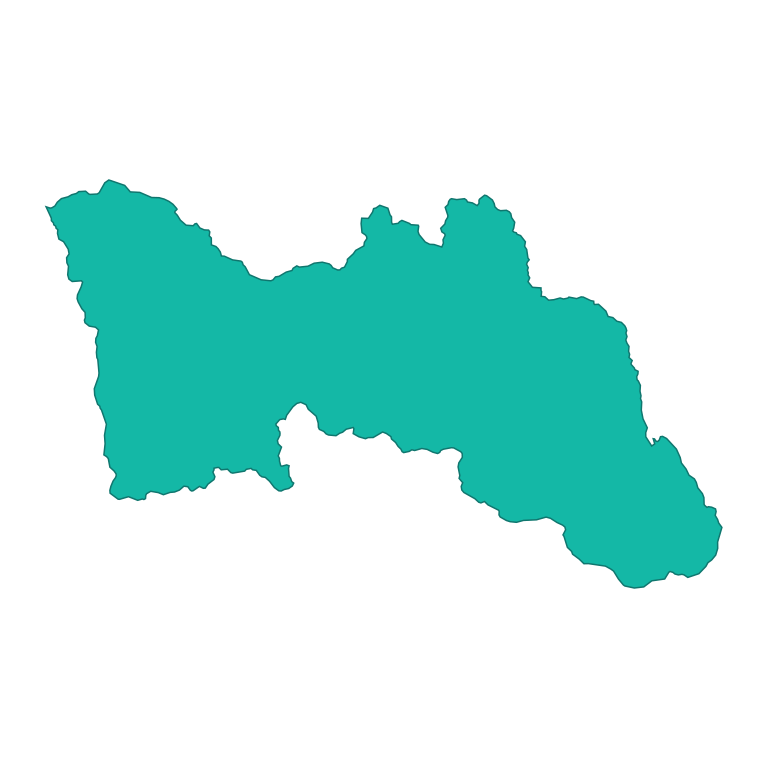 the district of Urubamba, Cusco, Peru
{"feature_id": "86281439B1367773994122", "entity_name": "Urubamba", "entity_type": "district", "adm_level": 2, "iso_a3": "PER", "parent_name": "Peru", "parent_adm1": "Cusco", "projection": "mercator", "projection_center": [-72.303, -13.268], "detail": "fine", "context": "isolated", "style": "filled", "palette": "teal", "viewbox_px": 768, "rotation_deg": 0, "n_neighbors": 0, "source": "geoboundaries", "source_scale": "gbopen_adm2", "svg_char_len": 6048}
<svg xmlns="http://www.w3.org/2000/svg" viewBox="0 0 768 768"><path d="M687.8,577.4L698.9,573.7L705.9,566.4L707.9,562.7L711.7,559.9L715.7,555.1L717.7,548.4L717.6,542.0L721.9,527.4L718.7,523.0L717.6,519.5L715.2,515.4L716.1,511.6L715.5,508.9L711.7,507.2L708.3,506.7L707.0,507.4L704.7,505.4L704.1,504.4L703.9,497.6L702.4,493.6L697.8,487.8L696.3,482.4L694.4,478.9L689.0,475.2L686.1,469.1L681.4,463.0L680.2,457.5L676.4,449.1L666.6,438.5L662.6,436.4L660.5,436.7L659.2,440.1L657.7,441.5L656.0,441.2L654.5,438.9L653.2,438.7L654.7,443.9L651.7,446.0L645.8,436.8L645.7,432.7L647.3,427.8L643.0,418.8L641.3,410.1L641.7,401.9L640.5,398.7L641.0,395.8L640.0,391.2L640.4,385.4L638.3,381.0L637.1,379.8L636.7,376.6L637.9,374.0L638.1,371.3L634.8,369.6L634.4,368.1L631.3,364.6L631.0,363.5L632.2,360.5L629.0,357.5L629.6,354.3L628.6,351.4L629.0,346.4L627.0,343.3L625.8,340.0L627.0,336.6L625.9,333.0L626.7,330.6L625.9,327.9L624.7,325.7L621.4,322.4L616.8,321.2L612.9,317.6L608.1,316.5L605.9,311.1L598.5,304.3L594.6,304.5L593.9,303.7L593.7,301.2L590.7,300.6L583.3,297.1L581.1,296.9L576.7,298.6L568.9,297.1L567.8,298.1L563.5,299.0L560.1,298.0L553.8,299.7L548.6,300.2L544.9,296.8L541.2,296.3L541.6,291.7L541.0,290.5L541.0,287.9L532.4,287.3L528.0,281.7L529.7,277.9L528.0,274.9L528.3,272.9L527.4,270.2L528.2,267.7L526.6,264.2L527.3,262.1L529.2,259.8L527.9,257.9L526.7,249.5L524.6,246.3L525.4,241.8L520.6,235.6L517.1,234.3L516.3,232.8L513.9,232.1L512.6,230.9L513.7,228.2L514.7,222.2L511.6,217.6L510.8,213.7L509.3,211.8L506.4,210.3L500.5,210.7L497.6,209.5L494.9,206.8L494.2,203.6L492.4,200.0L486.6,195.7L484.6,195.2L479.6,199.1L479.0,200.2L479.0,203.4L477.2,205.6L472.4,202.9L467.5,202.0L466.5,200.1L464.5,198.7L456.7,199.6L451.5,198.7L450.2,199.3L448.7,201.4L448.0,204.6L445.2,207.3L447.9,215.6L447.7,217.3L445.6,220.7L444.9,224.0L440.7,228.3L441.9,231.9L444.6,233.7L445.2,235.2L443.0,239.8L443.4,243.2L441.8,247.0L434.0,244.5L429.7,244.3L425.2,242.0L419.1,234.6L418.0,231.4L418.7,226.2L418.2,225.2L411.0,224.7L409.4,223.4L401.9,220.4L399.6,221.7L398.2,223.3L392.4,224.2L391.6,222.4L391.5,216.8L390.0,214.8L387.9,208.2L379.8,205.3L376.1,207.9L373.6,208.6L372.6,212.0L368.4,218.4L361.7,218.2L361.1,223.6L362.0,232.6L365.5,235.0L366.6,236.6L366.9,238.6L364.4,242.3L363.9,245.9L355.7,250.4L353.3,253.8L347.4,259.3L347.3,261.7L344.5,267.2L341.5,268.2L339.9,269.9L337.7,270.0L332.7,267.8L331.1,265.4L329.2,263.9L322.3,262.2L314.1,263.2L308.0,266.2L299.4,267.1L296.8,265.9L293.1,268.3L292.0,270.5L286.2,272.1L279.1,276.3L275.5,276.9L273.0,279.9L270.8,280.8L261.1,279.8L249.4,274.7L245.2,266.8L243.1,264.8L242.3,262.2L240.9,261.1L232.6,259.9L224.4,256.2L221.4,256.0L220.3,252.0L218.1,248.7L215.9,246.5L211.4,244.9L211.3,238.0L209.2,235.8L209.8,231.9L208.6,230.1L204.3,229.9L199.9,228.0L196.6,223.5L195.0,223.8L193.2,225.7L186.1,225.2L180.4,220.2L177.2,215.1L174.8,212.6L175.0,211.3L177.0,209.4L176.8,208.7L173.0,204.3L169.0,201.4L164.2,199.1L159.1,197.7L151.6,197.5L139.8,192.4L130.3,191.9L124.7,185.4L111.3,180.8L108.8,180.0L104.8,182.8L99.2,192.7L97.3,194.0L90.1,194.4L88.8,194.0L85.6,191.2L78.8,191.6L76.3,193.5L71.8,194.7L68.1,196.8L61.4,198.6L57.3,202.2L54.9,206.0L51.9,207.8L50.1,208.1L46.1,206.8L51.3,218.1L51.4,220.7L53.4,222.8L53.8,224.8L55.7,226.2L56.1,228.3L57.8,229.6L57.5,233.4L58.9,239.1L63.6,241.7L68.2,249.1L69.1,253.9L66.6,257.7L66.9,262.8L68.5,266.2L67.7,274.8L68.9,279.1L72.2,281.5L81.4,280.8L82.6,282.1L81.1,287.0L77.5,294.9L77.1,298.6L78.2,302.0L81.9,308.8L85.1,312.4L85.3,317.9L84.4,320.1L85.0,322.7L89.2,326.1L95.5,327.2L98.5,329.9L97.3,335.8L95.9,338.3L95.6,342.3L97.1,346.5L96.4,352.3L96.9,357.7L97.8,359.4L99.0,373.1L98.6,376.5L94.3,388.7L94.7,395.1L97.6,404.2L99.8,406.2L100.2,408.2L101.5,410.0L106.4,424.2L104.5,435.3L105.1,443.7L103.9,454.9L106.6,456.6L108.3,458.6L109.9,467.2L114.1,471.0L116.1,473.9L116.2,475.9L115.4,477.8L113.1,481.0L110.9,486.3L109.9,490.3L110.1,493.2L118.1,499.2L119.6,499.3L128.5,496.7L137.7,500.3L142.3,499.0L143.9,499.5L145.5,498.6L145.8,495.2L146.6,493.7L150.7,491.3L158.3,492.6L163.4,494.7L170.1,492.4L174.6,492.0L179.4,490.1L183.9,486.2L187.8,486.7L190.4,490.3L191.8,491.0L193.2,490.7L199.4,486.4L203.3,488.3L205.3,488.1L207.9,484.2L214.0,479.5L214.9,476.7L212.9,472.1L214.0,469.9L214.0,468.2L217.3,467.5L218.9,467.5L221.2,469.8L227.5,469.2L230.9,472.6L232.8,473.1L244.7,471.1L246.3,469.3L251.1,468.4L252.6,469.8L256.3,470.4L259.7,475.2L261.9,476.8L265.3,477.4L269.6,481.3L274.4,487.6L278.8,490.8L281.2,491.0L284.2,489.5L288.7,488.5L292.3,486.0L293.7,483.1L291.7,481.6L290.5,478.1L289.1,476.4L288.5,468.4L289.1,465.8L286.7,464.9L281.8,466.2L280.7,465.7L279.5,461.1L279.4,458.3L278.2,455.9L281.5,447.1L278.2,443.9L277.4,440.5L279.9,435.3L280.0,433.3L279.8,431.8L278.5,430.3L278.3,427.4L276.3,425.8L275.9,424.0L279.7,419.6L283.4,418.9L285.3,419.4L286.7,415.2L292.9,406.8L296.9,403.4L300.8,402.3L306.1,404.7L308.3,409.3L316.2,416.2L318.2,423.0L318.4,427.3L319.4,429.4L323.8,431.4L326.1,433.9L328.5,435.0L336.0,435.7L339.6,433.3L342.6,432.2L346.2,429.2L353.2,427.5L353.9,428.7L353.2,433.6L358.9,436.8L365.5,438.7L368.1,437.6L373.2,437.5L382.6,432.0L386.4,433.5L390.9,436.6L391.5,439.0L395.6,442.5L398.1,446.4L400.9,449.1L402.1,451.6L403.7,452.6L409.3,451.4L411.8,449.8L414.6,450.5L421.8,448.5L427.2,449.4L432.9,452.2L437.6,453.5L439.7,452.4L440.7,450.5L443.4,449.2L451.4,447.7L453.7,447.9L460.8,451.7L462.2,453.5L462.3,457.4L458.8,462.9L458.1,466.9L459.8,475.5L459.1,478.4L462.7,482.7L461.2,486.4L461.8,490.0L463.9,492.5L474.9,498.7L478.7,502.2L480.9,502.9L484.5,501.5L488.0,504.9L498.6,510.2L499.2,511.4L499.0,514.9L500.2,517.0L506.4,520.5L510.2,521.7L516.5,522.3L523.5,520.4L536.5,519.8L546.1,517.1L550.5,518.3L557.0,522.5L562.6,525.1L564.9,527.0L565.6,529.8L563.0,534.9L564.0,536.4L567.4,547.4L571.6,551.4L572.6,554.2L579.2,559.1L583.9,563.7L588.4,563.6L605.4,566.1L610.7,569.0L613.6,571.1L618.5,579.1L623.4,585.0L624.9,586.0L634.3,588.0L643.8,586.9L651.8,580.8L664.7,579.0L668.8,572.3L670.0,571.5L673.0,572.4L674.9,574.0L678.3,574.9L682.0,574.3L684.1,574.9L687.8,577.4Z" fill="#14b8a6" stroke="#0f766e" stroke-width="1.5"/></svg>